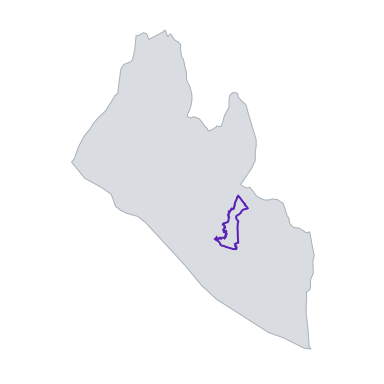 Gboe-Ploe, Grand Gedeh, Liberia (highlighted), rotated 357°
{"feature_id": "62588387B47381315935072", "entity_name": "Gboe-Ploe", "entity_type": "district", "adm_level": 2, "iso_a3": "LBR", "parent_name": "Liberia", "parent_adm1": "Grand Gedeh", "projection": "equal_earth", "projection_center": [-8.826, 6.021], "detail": "fine", "context": "in_parent", "style": "outline", "palette": "violet", "viewbox_px": 384, "rotation_deg": 357, "n_neighbors": 0, "source": "geoboundaries", "source_scale": "gbopen_adm2", "svg_char_len": 5241}
<svg xmlns="http://www.w3.org/2000/svg" viewBox="0 0 384 384"><g transform="rotate(357 192 192)"><path d="M73.3,155.9L76.3,152.4L80.9,141.2L87.2,130.5L93.1,124.1L97.7,117.6L102.7,112.6L109.7,106.7L120.5,91.3L123.1,89.5L124.8,78.9L127.5,65.3L130.6,61.1L138.0,58.6L139.7,56.2L142.3,46.7L144.0,35.5L144.2,33.1L147.1,32.8L152.0,30.4L154.9,31.5L156.1,34.7L156.8,37.4L171.8,30.5L173.1,29.0L173.9,29.3L175.8,35.5L176.8,35.2L177.7,33.3L178.7,33.2L179.9,34.0L181.1,36.9L183.0,39.5L186.2,41.4L188.3,43.9L188.1,50.6L188.8,57.1L190.2,58.6L191.0,62.5L191.4,66.8L192.1,69.0L192.7,73.3L192.4,77.9L193.0,81.2L195.4,86.8L196.9,93.8L196.9,98.8L196.0,104.1L194.4,108.9L191.6,114.2L191.4,116.2L193.0,117.6L195.6,117.9L197.7,116.8L203.0,119.2L205.7,122.7L208.2,126.9L210.4,129.1L211.4,131.8L215.1,131.0L219.5,128.4L220.4,127.2L221.7,127.9L224.5,128.1L226.5,123.5L228.1,118.1L231.5,112.3L233.2,110.0L233.6,106.3L233.8,101.5L235.0,97.3L237.8,95.0L240.8,95.1L242.5,95.9L243.3,100.0L245.8,103.0L247.8,105.1L248.9,106.0L250.7,108.4L252.3,116.5L258.8,142.8L258.5,150.1L257.2,154.8L257.2,159.4L256.7,164.0L252.8,171.5L241.1,186.9L242.0,188.2L244.8,190.0L247.6,190.9L250.0,190.4L252.9,194.3L256.0,199.1L259.4,201.6L264.2,203.8L268.4,204.0L272.0,203.2L277.0,204.2L282.4,208.1L284.3,214.7L285.6,220.5L287.5,223.4L287.8,228.4L291.6,232.8L297.0,233.6L304.1,238.7L305.9,238.5L306.7,237.8L307.6,238.8L309.4,253.6L310.7,261.5L310.0,264.6L309.1,267.1L309.0,279.1L305.8,285.9L305.3,293.5L304.4,295.9L301.0,298.1L301.0,303.9L300.1,310.9L299.7,318.3L300.7,337.7L300.9,352.2L302.4,355.0L295.7,353.8L276.2,342.7L261.1,336.4L210.5,300.1L196.5,285.6L180.3,263.9L144.3,220.4L136.2,213.4L125.8,210.0L119.4,206.3L114.9,202.3L111.3,190.2L102.3,183.0L85.7,172.8L73.3,155.9Z" fill="#d9dde1" stroke="#a8b0b8" stroke-width="1"/><path d="M238.0,198.3L237.7,198.9L237.3,199.7L237.2,199.8L236.9,199.9L236.7,199.8L236.6,200.1L236.5,200.3L236.3,201.4L236.0,202.0L235.4,203.0L235.2,203.5L234.9,203.9L234.6,204.3L234.3,205.9L234.3,206.0L234.1,206.2L234.0,206.4L233.9,206.5L234.0,207.0L234.1,207.4L234.0,207.7L233.9,207.7L233.8,207.9L233.5,208.6L233.3,208.7L233.0,209.2L233.1,209.4L233.2,209.8L233.1,210.3L232.6,210.5L232.5,211.1L231.4,211.0L231.2,211.3L230.9,211.4L230.7,211.7L230.6,211.8L230.3,211.7L230.2,211.2L229.8,211.6L229.6,211.8L229.2,213.2L228.8,213.4L228.6,213.5L228.4,213.5L228.2,213.2L228.0,212.8L228.0,212.6L227.6,213.6L227.7,213.9L228.1,214.1L228.3,214.4L228.2,214.8L227.9,214.8L227.6,215.0L227.6,215.5L227.5,216.0L227.4,217.1L227.1,216.6L226.8,216.7L226.9,217.0L227.1,217.5L227.4,217.9L227.7,218.8L227.3,218.9L227.2,218.9L227.2,219.0L227.3,219.1L227.2,220.9L227.1,221.3L227.0,221.8L226.8,222.5L226.7,223.2L226.6,223.5L225.7,223.9L225.5,224.1L225.1,224.2L224.9,224.3L224.6,224.3L224.3,224.4L224.1,224.5L223.8,224.6L223.6,224.7L223.1,224.9L222.6,224.8L222.4,224.8L222.3,225.0L222.4,225.3L222.2,225.6L221.9,225.2L221.7,225.2L221.5,225.4L221.4,225.5L221.2,225.9L221.7,225.9L221.7,226.3L221.7,226.5L222.0,226.8L222.3,227.3L222.7,227.8L222.9,227.8L223.1,228.0L223.2,228.4L223.2,228.5L223.1,228.4L222.9,228.3L222.7,228.4L222.6,228.6L222.5,228.9L222.4,229.5L222.2,229.9L222.1,230.1L222.1,230.3L222.0,230.5L221.7,230.8L221.2,231.4L221.3,231.9L221.6,232.0L221.8,232.2L221.8,232.6L221.7,233.0L221.6,233.4L221.7,233.7L221.9,233.8L222.2,233.6L222.3,233.1L222.4,232.6L222.7,232.3L223.4,232.4L223.5,232.7L223.3,232.8L222.9,232.8L222.9,233.1L223.1,233.2L223.7,233.2L224.0,233.0L224.2,233.4L224.0,234.0L223.7,234.2L223.5,234.5L223.6,235.4L223.8,235.5L224.5,235.8L224.5,236.0L223.5,237.0L223.5,237.7L223.5,237.8L223.3,237.7L223.0,237.6L223.0,238.0L222.8,238.3L222.9,238.5L222.8,238.8L222.5,238.9L222.5,239.0L222.5,239.3L222.5,239.6L222.2,239.8L222.0,240.0L221.7,239.5L221.7,239.4L220.3,239.2L219.8,239.2L219.4,239.4L219.2,239.7L218.6,240.3L217.7,239.1L217.4,239.1L217.3,239.4L217.2,239.6L215.8,240.4L215.5,240.5L215.2,239.6L214.5,239.8L214.4,239.5L214.1,238.6L213.2,239.7L212.9,239.8L212.9,240.2L212.6,240.3L212.9,240.6L213.1,240.9L214.2,241.5L215.5,242.4L216.5,243.4L217.2,244.6L217.8,246.3L218.6,246.9L220.0,247.4L221.2,247.6L222.1,248.0L223.0,248.8L223.6,248.9L224.4,248.9L225.3,249.4L226.3,249.8L226.6,249.9L226.8,250.0L228.0,250.3L228.9,250.6L229.6,251.0L230.5,251.2L231.0,251.1L231.5,251.2L232.4,251.3L233.1,251.3L233.4,250.9L233.5,250.4L233.6,250.2L233.4,249.8L233.2,249.7L233.4,249.2L233.4,248.7L233.0,248.7L232.8,248.8L232.7,248.9L232.5,248.6L232.4,248.4L232.2,248.0L232.2,247.7L232.4,247.3L232.6,247.0L232.5,246.6L232.4,246.3L232.3,246.2L233.1,245.8L233.2,245.7L233.4,245.6L234.2,245.3L235.5,245.1L235.5,243.5L235.4,238.4L235.5,237.5L235.6,233.6L235.6,233.3L235.6,232.1L235.6,230.9L235.6,230.1L235.6,229.7L235.7,229.1L235.8,227.7L236.0,226.8L236.0,226.1L236.7,223.7L235.2,221.5L234.7,220.3L234.7,219.7L235.0,218.4L236.5,217.4L237.6,216.9L237.9,216.7L238.8,216.0L238.9,215.9L239.3,215.7L239.5,215.6L240.2,214.1L240.8,213.5L241.6,212.7L241.8,212.6L243.0,212.0L244.1,211.9L244.4,211.8L245.4,211.7L246.4,211.4L246.8,211.2L246.6,210.8L246.0,209.8L245.4,209.2L244.9,208.5L244.4,208.2L244.0,207.5L244.3,207.0L244.4,206.9L243.7,206.1L243.5,205.9L242.3,204.4L242.2,204.2L241.6,203.4L241.3,203.1L241.1,202.6L240.1,201.0L239.1,199.6L238.0,198.3Z" fill="none" stroke="#5b21b6" stroke-width="2"/></g></svg>